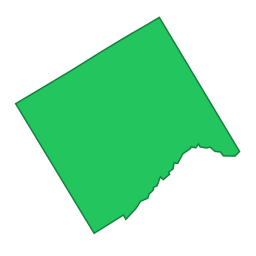 Cattaraugus, New York, United States of America, rotated 149°
{"feature_id": "52423323B48082592169210", "entity_name": "Cattaraugus", "entity_type": "district", "adm_level": 2, "iso_a3": "USA", "parent_name": "United States of America", "parent_adm1": "New York", "projection": "equal_earth", "projection_center": [-78.757, 42.27], "detail": "fine", "context": "isolated", "style": "filled", "palette": "green", "viewbox_px": 256, "rotation_deg": 149, "n_neighbors": 0, "source": "geoboundaries", "source_scale": "gbopen_adm2", "svg_char_len": 579}
<svg xmlns="http://www.w3.org/2000/svg" viewBox="0 0 256 256"><g transform="rotate(149 128 128)"><path d="M211.3,55.2L176.8,55.8L176.9,50.8L162.8,54.9L154.9,58.7L147.2,57.7L143.9,60.5L138.2,61.9L136.6,64.0L132.9,63.5L125.5,69.4L124.4,65.6L116.2,66.9L115.8,69.2L110.4,69.8L106.6,74.3L103.6,72.1L94.3,77.6L85.1,78.2L83.7,79.3L80.1,76.1L75.8,78.0L75.9,74.6L71.1,70.5L67.5,69.3L65.4,63.1L61.1,59.8L60.6,55.0L50.7,48.8L44.5,50.4L44.2,206.7L61.6,206.8L75.9,207.1L85.7,207.2L113.5,207.1L147.6,206.5L211.8,206.7L211.3,55.2Z" fill="#22c55e" stroke="#15803d" stroke-width="1.5"/></g></svg>